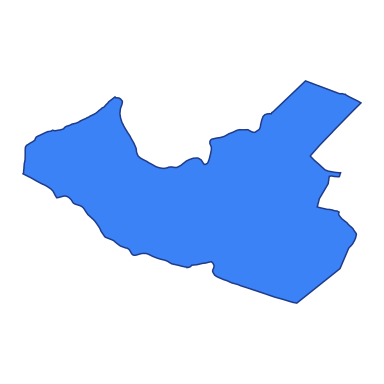 the district of Roseau Valley, Anse-la-Raye, Saint Lucia
{"feature_id": "8701671B68986810783457", "entity_name": "Roseau Valley", "entity_type": "district", "adm_level": 2, "iso_a3": "LCA", "parent_name": "Saint Lucia", "parent_adm1": "Anse-la-Raye", "projection": "orthographic", "projection_center": [-61.028, 13.953], "detail": "fine", "context": "isolated", "style": "filled", "palette": "blue", "viewbox_px": 384, "rotation_deg": 0, "n_neighbors": 0, "source": "geoboundaries", "source_scale": "gbopen_adm2", "svg_char_len": 5913}
<svg xmlns="http://www.w3.org/2000/svg" viewBox="0 0 384 384"><path d="M340.6,172.7L339.3,172.8L334.6,172.3L328.2,171.1L325.1,169.9L322.5,167.6L319.2,164.5L314.0,160.0L310.3,156.1L310.7,155.4L315.6,149.9L319.9,145.0L327.7,136.9L332.1,132.4L333.2,131.1L345.0,119.0L353.5,110.3L359.4,104.5L361.0,102.9L357.5,100.9L349.8,97.1L346.1,95.1L345.4,94.3L344.6,94.3L343.4,94.1L342.6,93.7L339.5,93.7L314.5,84.3L305.5,80.9L273.0,111.9L272.8,112.0L272.2,112.3L271.8,112.6L271.5,113.4L271.4,113.6L271.3,113.8L270.7,113.8L270.5,113.7L269.4,113.7L268.3,113.8L267.1,113.9L265.8,114.4L265.0,114.6L263.1,116.4L261.7,120.2L260.6,124.8L260.4,126.6L260.0,127.8L259.6,128.8L259.2,129.3L259.0,129.5L258.7,129.9L257.9,130.3L256.6,131.2L255.3,132.1L254.6,132.4L253.5,132.2L252.6,132.2L252.0,131.8L251.8,131.7L250.9,131.4L250.1,130.9L248.9,130.3L248.2,129.8L247.5,129.7L246.7,129.7L244.7,129.8L242.4,129.8L240.7,129.8L240.3,129.7L239.4,129.7L238.7,129.9L237.6,130.1L236.8,130.4L236.0,130.7L234.9,131.3L234.0,131.7L233.0,132.2L231.7,132.7L230.1,133.3L228.6,133.9L227.8,134.4L227.5,134.6L224.6,136.2L223.6,136.6L223.3,136.7L222.5,136.9L220.8,137.4L219.4,137.7L219.0,137.7L218.4,137.8L218.2,137.8L217.1,138.0L215.4,138.3L214.3,138.6L212.8,138.9L211.7,139.2L210.5,140.2L210.1,141.0L209.9,141.6L209.9,143.6L210.6,145.2L211.3,147.0L211.4,149.5L210.4,154.5L209.1,159.5L208.0,162.3L207.9,162.5L207.7,162.9L207.3,163.4L206.7,163.7L206.5,163.8L205.6,164.4L204.9,164.3L204.2,164.4L203.5,163.4L203.2,163.1L201.4,160.2L201.1,159.9L200.9,159.8L199.4,158.8L198.6,158.3L197.9,158.1L196.7,158.0L193.6,158.2L193.3,158.2L190.7,159.1L190.1,159.3L189.7,159.4L188.7,159.9L187.2,160.6L186.2,161.1L185.0,162.1L184.1,162.8L182.9,163.7L182.7,163.9L182.6,164.0L181.0,165.3L178.8,166.5L178.0,166.9L177.4,167.2L176.4,167.5L175.3,167.5L174.7,167.4L173.8,167.3L171.3,166.9L170.7,167.0L169.3,167.1L168.6,167.2L167.5,167.7L166.9,167.9L165.7,168.1L165.0,168.3L163.0,168.4L161.3,168.1L159.8,167.9L158.5,167.5L156.9,167.0L156.2,166.8L154.4,165.8L152.0,164.4L150.5,163.6L148.9,162.8L147.9,162.1L147.1,161.6L146.6,161.3L145.4,160.7L143.4,159.7L141.2,158.5L140.6,158.1L140.0,157.7L139.2,157.0L138.1,156.0L137.6,154.8L137.3,154.3L137.1,153.7L137.0,153.3L136.7,152.6L136.4,151.1L136.4,150.5L136.1,148.3L134.0,143.4L133.1,141.8L131.0,138.2L130.1,136.3L129.3,135.0L128.2,133.4L127.2,131.8L126.1,130.0L125.0,128.2L123.8,126.1L123.2,124.7L122.9,124.2L121.9,122.3L121.5,120.9L121.4,120.7L120.6,118.1L119.9,113.7L120.3,109.7L120.6,108.0L121.0,106.9L121.7,105.2L121.8,104.9L122.3,102.7L122.4,101.4L122.0,100.6L121.4,100.1L120.5,98.9L119.6,98.5L119.0,98.0L118.0,97.9L116.6,97.8L115.6,97.7L115.3,97.4L115.2,97.2L115.0,96.9L114.8,97.0L114.6,97.3L114.0,97.7L110.5,100.4L108.6,101.9L107.7,103.2L106.9,103.9L106.2,104.5L104.7,106.3L103.9,107.2L102.2,107.9L100.9,109.1L99.7,110.0L99.2,110.3L97.6,111.8L96.2,113.0L93.9,114.3L90.8,115.8L89.6,116.4L88.5,117.3L87.1,117.6L86.8,118.0L85.7,118.6L83.4,119.5L80.7,120.8L80.1,121.0L79.9,121.4L77.3,122.7L76.0,123.2L72.9,123.9L72.2,124.0L70.6,124.9L69.4,125.4L66.4,126.3L64.5,127.5L63.8,128.7L62.8,129.2L62.4,129.2L60.8,129.8L57.6,130.3L55.7,130.7L54.3,130.7L52.7,130.2L50.9,131.2L47.8,131.6L45.4,132.6L41.0,134.7L40.0,135.2L37.9,136.1L36.3,137.0L35.5,138.3L35.1,139.2L35.0,140.0L32.7,141.7L29.8,143.3L28.1,144.5L26.9,145.1L26.0,146.1L25.4,147.2L25.2,149.9L25.2,154.4L25.1,159.3L24.8,161.4L24.3,163.4L24.0,167.0L23.9,169.1L23.6,170.9L23.6,172.6L23.0,173.8L28.7,176.7L29.8,177.2L30.6,177.6L32.2,178.5L35.3,180.3L38.6,182.1L40.5,183.1L42.4,184.1L44.0,184.7L45.1,185.3L46.6,186.1L49.8,188.2L51.3,189.3L51.9,190.0L53.0,191.1L53.3,191.7L54.4,193.7L55.1,195.2L55.6,195.9L56.1,196.8L56.7,197.8L57.0,197.8L57.3,197.7L59.0,197.4L61.8,196.6L63.7,196.1L65.2,196.0L67.4,196.6L69.0,197.6L70.4,198.9L71.6,200.3L72.2,201.4L72.4,201.7L73.4,203.1L74.3,203.7L75.5,204.2L76.4,204.5L78.7,205.2L80.6,205.9L82.0,206.7L83.1,207.6L84.4,209.3L85.6,211.3L87.2,213.6L87.9,214.6L89.4,215.9L90.3,216.8L91.6,217.8L92.0,218.2L92.0,218.4L93.2,219.3L93.4,219.6L94.5,220.7L95.6,222.1L96.9,223.9L98.1,225.7L99.4,227.6L100.3,229.4L101.1,231.3L104.7,236.6L105.3,237.2L111.7,239.7L113.6,240.6L115.2,242.0L116.9,243.4L118.6,244.7L119.9,245.7L121.3,246.4L123.4,247.1L125.5,247.9L127.2,248.2L127.9,248.7L128.5,249.0L129.5,250.0L130.4,251.5L131.4,253.3L132.2,254.4L133.3,255.1L134.6,255.3L136.1,255.1L138.2,254.5L139.8,254.0L141.3,253.6L143.6,253.4L145.9,253.5L147.4,253.8L148.7,254.4L150.6,255.3L152.3,256.2L152.5,256.3L154.6,257.1L156.9,258.0L159.6,258.9L161.9,259.5L164.9,260.2L167.6,261.3L169.6,262.6L171.7,263.8L174.3,264.4L178.1,265.2L181.4,266.1L185.0,266.9L186.8,267.2L187.3,267.3L187.3,267.5L187.5,267.4L188.7,267.4L190.6,266.5L191.7,265.2L192.8,265.1L194.0,265.0L194.6,264.9L196.2,264.8L197.0,264.7L202.4,263.4L205.9,263.0L208.4,262.3L211.3,261.7L212.8,263.0L214.2,265.8L213.7,267.9L212.9,269.7L212.6,270.9L212.6,271.1L213.0,272.4L214.7,275.2L216.8,276.6L218.7,277.5L223.6,279.6L227.0,280.7L231.5,282.8L237.8,284.5L241.1,285.9L244.0,286.8L262.1,292.8L274.4,297.0L283.8,299.6L291.1,301.9L292.3,302.1L292.8,302.4L295.2,302.8L296.8,303.1L340.0,268.6L348.6,248.4L349.5,247.2L350.7,246.1L352.6,243.9L354.5,240.5L355.6,237.9L356.4,234.4L356.2,233.5L353.8,230.2L353.1,228.9L351.6,227.3L349.5,225.6L348.2,224.3L347.0,222.8L343.8,220.3L342.0,218.9L340.1,216.7L338.8,214.9L338.7,214.1L338.7,213.3L338.9,212.6L339.1,212.1L337.9,211.5L337.1,211.0L335.7,210.9L334.2,210.7L332.9,210.1L329.2,209.4L327.6,209.4L326.5,209.2L324.4,208.7L319.9,207.7L317.2,206.9L317.3,206.7L318.9,200.6L319.3,198.8L328.2,183.7L328.3,183.0L328.4,182.2L329.1,177.5L329.3,176.3L330.1,176.2L330.6,176.1L331.3,176.0L331.9,176.0L332.2,176.1L333.0,176.2L333.7,176.4L334.5,176.5L335.4,176.6L335.7,176.6L336.0,176.6L337.2,176.7L337.4,176.7L338.1,176.7L338.4,176.7L338.6,176.8L338.9,176.7L339.2,176.7L339.3,176.5L339.6,176.0L339.9,174.7L340.2,173.8L340.6,173.0L340.6,172.7Z" fill="#3b82f6" stroke="#1e3a8a" stroke-width="1.5"/></svg>